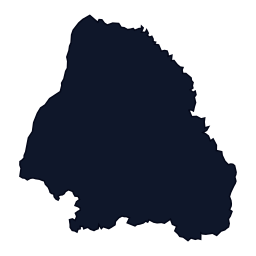 the district of Barros Cassal, Rio Grande do Sul, Brazil
{"feature_id": "56859067B19598625391964", "entity_name": "Barros Cassal", "entity_type": "district", "adm_level": 2, "iso_a3": "BRA", "parent_name": "Brazil", "parent_adm1": "Rio Grande do Sul", "projection": "albers", "projection_center": [-52.583, -29.1], "detail": "fine", "context": "isolated", "style": "filled", "palette": "ink", "viewbox_px": 256, "rotation_deg": 0, "n_neighbors": 0, "source": "geoboundaries", "source_scale": "gbopen_adm2", "svg_char_len": 2822}
<svg xmlns="http://www.w3.org/2000/svg" viewBox="0 0 256 256"><path d="M191.1,77.9L185.9,73.5L182.7,73.4L182.1,69.8L183.0,67.5L180.2,67.1L177.2,64.6L174.0,60.5L171.3,60.7L171.9,55.2L168.2,56.4L168.0,53.4L167.1,51.0L164.5,50.5L161.3,51.2L158.6,44.9L154.6,44.2L155.6,42.2L153.1,41.6L153.1,39.0L151.8,36.3L149.6,37.1L147.3,35.4L148.3,33.2L146.6,29.8L145.4,32.3L141.4,32.2L143.2,27.9L141.5,26.2L141.3,28.6L139.1,28.5L134.7,30.3L133.2,28.5L130.5,29.2L127.5,29.6L124.1,27.7L121.2,27.4L118.7,23.5L112.7,23.1L107.3,25.0L104.4,23.2L101.9,19.8L99.1,19.6L97.8,22.3L89.8,15.4L82.8,19.4L78.8,22.9L73.2,30.1L71.6,34.8L71.1,42.6L69.6,46.1L69.0,50.5L66.8,57.0L67.7,61.2L67.4,68.2L65.7,71.2L63.9,78.9L61.6,83.1L61.8,85.6L60.3,91.6L49.6,98.6L45.1,104.9L40.6,107.9L37.4,113.2L33.7,122.5L32.5,131.5L28.4,137.8L25.7,151.8L24.2,155.4L24.1,158.0L21.8,160.3L20.0,161.5L19.9,165.0L21.1,168.4L20.7,170.8L19.9,176.3L22.6,177.9L24.8,178.1L27.3,179.9L30.5,178.2L33.1,177.9L35.5,178.6L39.5,179.2L42.2,180.3L44.3,180.9L45.4,184.2L48.3,187.3L49.5,190.1L50.2,192.4L51.9,193.6L53.8,194.0L54.2,196.8L55.9,199.0L58.1,200.1L59.1,198.3L57.9,196.4L59.9,195.1L62.4,194.8L64.1,193.7L65.4,191.6L68.4,189.8L70.7,190.6L72.8,191.5L73.6,193.6L75.0,196.1L78.0,196.3L79.6,199.4L76.5,201.8L75.0,205.5L78.2,206.7L80.2,208.0L80.2,210.3L78.0,211.3L75.4,213.2L76.7,216.3L76.0,218.3L75.0,220.5L72.5,218.9L69.5,219.7L69.8,221.9L70.2,224.5L70.2,227.4L72.2,230.4L74.8,230.9L77.0,232.1L78.0,229.2L80.1,228.8L80.2,226.3L83.1,226.4L83.8,228.8L85.9,227.9L88.0,227.3L90.3,229.2L94.0,230.5L95.8,229.5L98.1,228.7L98.8,224.6L101.3,228.6L103.2,226.7L108.8,228.6L111.1,227.3L115.0,224.8L115.4,221.5L118.7,217.8L122.0,216.0L124.4,216.6L126.4,216.6L129.6,217.9L127.2,222.8L135.0,225.9L136.8,224.5L139.9,224.0L143.4,222.9L145.6,221.1L147.7,222.1L149.0,219.7L153.7,222.1L157.1,222.8L161.5,222.4L164.4,223.2L170.5,219.1L172.4,224.3L176.7,226.3L174.8,230.9L177.9,233.7L179.8,236.4L183.3,237.1L188.0,240.6L190.9,238.0L195.3,239.3L197.9,238.6L200.7,239.3L200.8,232.8L202.6,233.9L205.8,234.2L210.3,233.6L212.5,233.2L216.7,235.4L221.0,231.1L224.8,229.8L226.4,228.4L228.5,226.9L229.2,223.5L228.7,221.1L228.4,218.9L230.2,216.2L232.0,211.4L229.5,209.7L231.1,206.1L231.3,203.9L230.9,200.6L229.4,196.6L230.7,192.4L232.4,188.7L234.0,185.4L235.1,183.5L235.9,181.2L235.4,179.1L234.8,176.9L235.8,174.5L236.1,172.2L234.6,165.7L232.9,164.3L230.8,164.0L228.3,164.7L224.9,161.1L222.2,155.4L221.7,151.7L216.3,150.5L216.4,145.2L213.1,138.9L210.4,140.9L208.4,136.0L205.6,133.8L202.8,132.5L206.6,130.4L208.7,126.7L204.8,127.8L204.2,121.9L204.7,118.0L201.1,118.9L196.5,116.4L191.8,116.7L189.0,110.2L191.2,109.8L193.4,111.0L194.3,106.8L195.6,102.6L194.3,97.1L196.0,94.8L195.2,91.1L193.0,92.3L190.2,89.9L192.9,88.0L192.3,85.6L193.1,82.5L191.4,80.5L191.1,77.9Z" fill="#0f172a" stroke="#020617" stroke-width="1.5"/></svg>